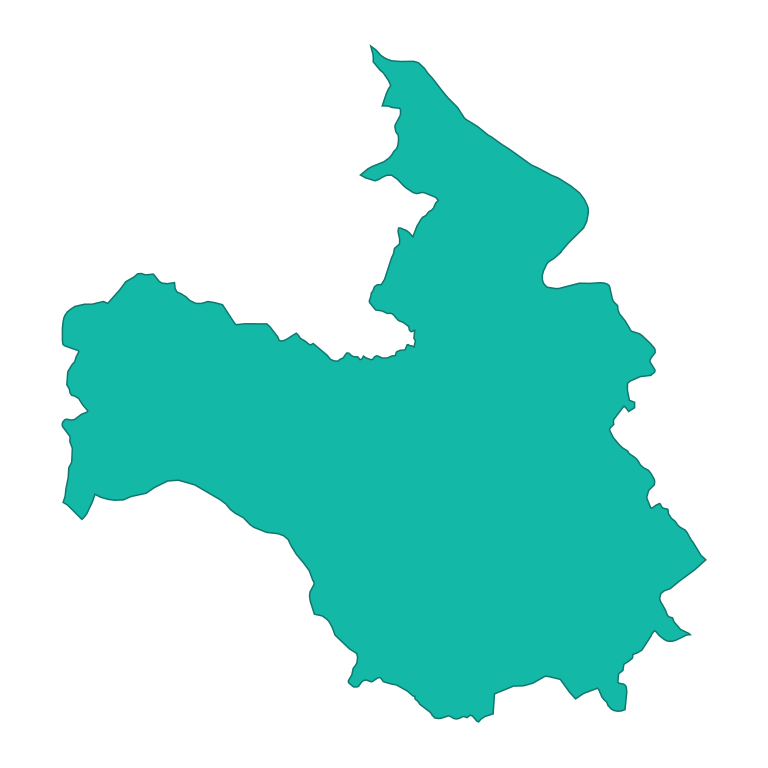 Mai Chau, Hòa Bình, Vietnam (orthographic projection)
{"feature_id": "81297802B54863694878388", "entity_name": "Mai Chau", "entity_type": "district", "adm_level": 2, "iso_a3": "VNM", "parent_name": "Vietnam", "parent_adm1": "Hòa Bình", "projection": "orthographic", "projection_center": [105.025, 20.716], "detail": "fine", "context": "isolated", "style": "filled", "palette": "teal", "viewbox_px": 768, "rotation_deg": 0, "n_neighbors": 0, "source": "geoboundaries", "source_scale": "gbopen_adm2", "svg_char_len": 6056}
<svg xmlns="http://www.w3.org/2000/svg" viewBox="0 0 768 768"><path d="M625.0,709.7L626.8,691.7L626.2,686.9L625.2,685.2L623.7,684.1L618.7,683.1L617.9,682.1L618.5,674.4L618.8,673.6L622.9,670.5L623.9,664.3L629.2,660.9L632.4,658.2L633.1,654.3L636.9,653.1L641.9,650.1L651.0,636.1L651.7,634.2L654.1,631.1L655.5,631.1L659.3,635.7L664.1,639.4L666.7,640.8L669.1,641.3L672.5,641.2L675.9,640.2L686.6,635.0L690.2,634.7L688.8,633.4L680.6,629.5L674.0,621.8L672.5,617.8L669.0,616.9L667.4,615.3L665.5,610.2L660.4,601.2L659.7,598.5L660.8,593.6L664.3,590.8L670.3,588.6L678.9,581.5L694.9,569.6L705.8,559.8L700.9,555.3L692.8,541.9L691.5,540.5L686.9,532.2L685.2,530.1L679.9,527.1L677.8,525.2L675.2,521.4L671.3,518.2L668.4,513.6L668.0,509.7L667.4,509.1L663.1,508.2L661.6,506.8L660.4,504.2L659.6,503.5L656.2,505.1L652.6,507.7L650.8,508.0L646.9,498.4L646.8,496.8L648.8,490.3L654.4,484.7L654.7,481.3L654.3,479.4L651.1,473.7L648.5,470.3L643.8,467.9L640.6,465.2L637.5,460.0L634.9,457.5L629.1,453.5L627.6,451.0L622.6,447.9L619.6,445.1L613.4,437.8L609.6,430.2L609.7,428.8L610.6,427.5L613.8,424.4L613.4,422.1L613.7,419.5L624.0,406.1L626.5,408.5L628.6,411.5L634.6,407.7L634.6,402.3L629.4,400.3L627.4,390.1L627.5,383.4L630.3,381.0L640.3,376.6L650.8,375.4L654.8,371.9L655.0,370.0L650.2,362.2L649.9,360.5L651.3,357.6L655.1,352.8L655.1,350.1L654.5,348.3L649.8,342.9L642.2,335.7L639.6,333.8L631.2,331.1L625.3,321.1L619.4,313.7L617.9,309.5L617.6,305.6L613.5,301.6L612.3,298.7L609.8,287.4L609.1,285.6L607.4,284.2L604.6,283.1L600.2,282.7L590.2,283.4L579.3,283.2L558.8,288.5L555.8,288.6L547.1,287.2L544.4,284.5L543.1,282.3L542.4,279.4L542.3,275.4L543.5,270.9L546.8,263.9L548.9,261.6L553.9,258.5L561.1,252.1L560.9,251.8L568.3,243.1L583.5,228.1L586.7,221.4L588.4,212.3L588.1,208.2L587.2,205.3L584.2,199.2L579.6,193.0L571.2,186.2L558.3,178.0L551.2,175.1L538.2,168.1L531.2,164.9L509.5,149.3L502.2,144.7L491.1,136.7L488.7,135.5L477.4,126.4L465.8,119.3L464.2,117.8L457.5,107.4L448.2,98.1L443.3,92.3L432.7,78.6L427.8,73.2L424.4,68.3L418.4,62.7L413.6,61.3L400.7,61.5L391.7,60.8L388.1,59.6L385.0,58.2L380.6,55.2L375.9,49.9L370.8,46.1L372.9,54.2L373.3,57.5L373.2,61.8L380.3,70.4L383.2,72.7L388.6,80.7L390.7,85.6L388.5,88.8L386.4,93.4L382.2,105.9L388.1,106.0L391.7,107.4L399.4,108.3L400.5,109.5L400.5,113.8L400.0,115.9L395.1,125.1L394.9,127.0L395.7,131.3L396.7,133.3L397.8,134.0L398.5,137.4L398.4,141.8L397.7,145.9L396.5,148.7L393.8,151.5L391.7,155.0L389.1,158.0L383.8,161.8L371.9,166.6L367.8,168.9L360.4,175.0L365.5,177.8L375.0,180.8L378.7,179.5L382.4,177.2L386.7,175.3L391.6,175.2L397.5,179.3L403.3,185.5L405.8,187.7L413.0,192.5L416.8,193.6L422.6,192.4L424.8,192.9L435.6,197.3L438.3,200.4L435.7,203.0L433.3,208.5L430.9,210.6L428.9,211.6L425.9,215.5L422.4,217.4L420.9,219.5L416.9,226.2L412.9,236.7L409.0,232.5L406.4,230.5L400.3,228.0L398.6,228.0L398.0,231.5L399.6,238.8L399.6,243.4L399.1,244.4L394.5,248.4L393.5,253.7L391.5,258.0L384.6,279.3L381.3,284.6L377.2,284.8L374.6,286.6L372.7,291.2L371.3,293.0L370.9,296.0L369.3,300.8L369.5,302.4L375.6,310.0L381.9,310.9L387.3,313.4L391.5,313.4L393.6,314.9L398.4,320.5L403.2,322.4L408.2,326.1L409.0,327.4L409.3,329.9L410.8,331.6L412.0,331.6L414.7,330.3L413.9,338.3L415.3,340.4L415.3,341.2L414.1,346.9L411.7,345.8L409.8,345.7L408.3,344.6L407.2,344.7L405.3,349.3L404.6,350.0L400.1,350.3L396.9,351.7L396.1,352.6L395.4,355.6L392.0,355.9L387.2,358.0L382.2,358.0L377.9,356.0L376.3,355.9L374.5,356.9L372.7,359.4L370.8,359.7L365.7,357.7L363.5,356.1L362.0,358.9L360.0,359.7L357.8,356.9L353.6,356.7L351.5,355.6L348.9,353.2L347.4,352.9L346.5,353.2L343.0,358.1L339.8,359.4L338.1,361.1L334.1,360.9L330.4,359.3L327.2,355.3L313.2,343.5L310.4,345.0L309.3,344.5L305.1,341.1L300.6,338.5L297.5,334.2L296.2,333.2L286.6,339.3L283.5,340.7L280.9,341.0L279.1,340.3L277.9,337.1L270.0,326.8L266.8,323.9L244.9,323.8L236.0,324.7L234.2,322.7L222.5,304.7L214.5,302.6L207.9,301.5L201.7,303.4L195.8,303.4L189.8,300.5L186.2,297.0L180.8,293.6L177.0,292.0L175.1,288.5L174.5,282.6L167.2,283.7L161.9,283.1L159.1,281.3L153.4,274.1L145.7,274.9L141.2,273.5L137.7,273.8L133.7,277.2L125.9,281.6L119.7,289.9L107.7,303.4L103.4,301.5L92.1,304.2L84.6,304.2L75.0,306.4L71.4,308.7L67.3,311.9L65.0,315.3L63.9,317.9L63.2,321.1L62.4,328.3L62.4,340.3L62.8,343.9L63.4,344.9L65.4,346.1L78.1,350.6L78.9,351.6L76.2,356.8L74.7,361.7L72.1,364.6L68.1,371.1L67.7,372.5L66.8,384.8L69.2,388.7L70.0,392.8L71.6,395.3L74.4,395.9L78.7,398.5L82.4,404.5L87.8,410.8L87.0,412.1L81.3,414.4L74.6,419.5L71.3,420.1L66.5,419.2L65.0,419.6L62.8,422.0L62.2,424.1L62.5,426.5L70.0,436.5L69.9,441.8L72.3,448.1L71.8,460.9L71.4,462.8L68.8,467.6L68.2,477.5L65.9,489.0L65.1,496.3L63.1,502.4L67.4,504.9L81.9,519.4L84.4,516.9L86.8,513.7L92.3,502.1L95.0,494.3L100.6,497.2L108.3,499.4L114.7,500.2L123.2,499.9L131.2,496.5L146.2,493.2L154.5,487.5L167.6,481.0L178.4,480.2L194.8,484.9L220.0,499.6L226.0,504.1L230.4,509.5L234.7,512.9L243.5,517.8L250.1,524.7L254.0,527.4L266.7,532.4L278.1,533.7L283.4,535.6L288.1,539.4L291.3,546.1L296.4,554.4L303.6,563.0L309.3,570.8L312.7,580.1L313.9,582.1L314.2,583.5L313.8,584.8L310.0,592.0L309.5,596.2L310.4,601.7L314.4,614.2L322.2,615.9L326.7,619.1L329.1,621.7L332.2,627.3L335.1,635.2L349.5,648.9L356.7,653.5L357.6,657.4L356.9,662.7L355.6,665.4L353.2,668.3L351.8,674.9L348.4,680.7L348.4,682.0L349.1,683.3L353.7,687.0L357.1,686.9L358.4,686.4L361.9,681.7L364.0,680.3L366.7,680.1L370.7,681.7L372.3,681.6L377.9,677.8L379.8,677.6L380.8,678.1L383.4,681.7L391.7,684.1L396.4,684.9L407.4,691.1L412.9,695.9L414.9,696.4L414.8,697.7L415.4,699.4L417.6,701.0L419.9,704.4L429.8,711.9L431.4,713.7L432.4,715.7L433.9,716.5L434.3,717.8L438.2,718.5L440.7,718.4L449.0,715.7L453.8,718.5L456.5,719.0L459.3,718.3L463.0,716.6L464.3,716.6L467.0,717.6L470.1,715.2L472.6,716.1L476.9,721.2L478.7,721.9L480.8,719.3L484.9,716.5L493.1,713.9L494.5,693.9L513.5,686.1L523.6,685.8L533.0,683.1L545.2,676.2L549.0,676.6L560.3,679.4L569.3,691.9L575.5,698.9L583.7,693.4L597.6,688.2L598.9,689.9L601.9,697.0L603.9,699.6L606.7,702.1L608.1,705.7L611.6,709.3L613.9,710.5L617.5,711.2L621.0,711.0L625.0,709.7Z" fill="#14b8a6" stroke="#0f766e" stroke-width="1.5"/></svg>